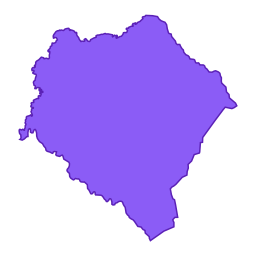 Ramón Trigo, Cerro Largo, Uruguay (orthographic projection)
{"feature_id": "84410073B37357941018969", "entity_name": "Ramón Trigo", "entity_type": "district", "adm_level": 2, "iso_a3": "URY", "parent_name": "Uruguay", "parent_adm1": "Cerro Largo", "projection": "orthographic", "projection_center": [-54.703, -32.291], "detail": "fine", "context": "isolated", "style": "filled", "palette": "violet", "viewbox_px": 256, "rotation_deg": 0, "n_neighbors": 0, "source": "geoboundaries", "source_scale": "gbopen_adm2", "svg_char_len": 5529}
<svg xmlns="http://www.w3.org/2000/svg" viewBox="0 0 256 256"><path d="M150.4,240.6L163.9,231.1L173.9,226.8L173.9,222.4L173.2,221.0L172.8,219.7L174.8,217.4L177.7,217.3L175.5,204.5L174.5,199.7L172.9,198.8L171.4,194.7L170.3,188.8L172.3,186.7L173.5,186.2L175.8,184.4L182.2,177.3L186.9,175.1L187.2,171.4L188.3,168.1L188.1,164.4L191.6,161.0L194.2,154.6L199.4,153.0L199.7,152.0L200.4,142.6L202.5,142.3L202.7,137.5L215.3,120.1L223.1,109.7L225.2,107.2L231.9,108.6L234.2,107.6L236.8,105.8L235.5,103.1L229.4,97.9L229.0,94.5L226.5,91.9L225.9,87.1L221.7,83.1L221.3,81.2L221.4,77.7L220.4,75.8L219.9,73.3L218.5,72.0L215.7,70.8L214.2,71.1L212.1,72.2L209.1,72.0L206.9,69.0L205.3,67.8L204.6,65.9L203.5,65.0L200.3,64.9L199.6,64.7L199.4,63.9L198.6,62.9L196.7,63.0L195.7,62.7L194.6,59.9L193.8,59.4L189.9,58.9L189.2,56.9L188.1,55.7L185.8,54.7L183.8,52.3L183.3,49.9L182.0,48.7L180.6,46.4L179.8,44.5L178.9,44.4L177.4,44.6L176.1,43.5L175.4,41.1L171.6,36.5L171.2,34.1L169.1,33.5L168.5,32.8L167.3,28.9L166.6,24.7L165.0,22.3L161.2,20.8L159.1,19.1L157.5,16.6L152.5,15.7L145.8,15.4L144.9,16.4L142.9,16.8L142.5,17.1L142.4,17.7L142.9,18.7L140.5,20.9L140.1,21.4L137.7,22.4L136.9,23.3L136.8,23.6L136.2,24.0L135.5,24.2L135.4,24.0L135.7,23.1L135.4,22.9L135.1,22.9L134.3,23.6L133.1,23.5L132.4,24.6L132.5,25.1L132.9,25.3L133.1,26.0L132.9,26.3L131.4,26.2L128.6,27.4L128.5,28.2L126.7,28.2L126.3,28.6L126.3,29.2L126.8,29.4L127.5,30.7L126.7,32.4L126.2,32.6L124.8,32.5L123.5,32.7L122.9,34.4L121.4,36.3L119.9,36.5L118.6,37.3L116.5,38.2L116.2,38.0L116.1,37.5L116.2,37.2L116.9,37.1L117.4,36.5L117.1,35.5L116.8,35.3L115.9,35.9L115.2,35.6L114.8,35.2L114.4,35.2L113.5,36.3L112.6,36.8L112.4,36.5L112.7,36.0L112.7,35.1L112.5,34.8L108.1,33.9L106.1,34.0L105.3,33.5L105.0,33.5L102.5,34.4L101.4,34.3L99.2,35.0L97.8,35.0L96.2,35.6L96.0,36.1L96.3,36.9L96.0,37.3L94.0,37.9L90.6,39.7L90.4,40.7L89.3,41.5L87.8,41.1L86.1,39.0L85.4,38.7L84.2,39.5L84.2,39.8L84.7,40.3L84.8,40.9L84.6,41.1L83.9,41.4L81.8,41.1L81.2,41.5L80.9,41.5L79.3,39.4L78.6,37.5L77.3,36.0L76.8,34.9L76.5,33.8L76.8,33.3L76.7,32.8L76.2,32.4L75.5,32.7L74.9,32.3L74.4,31.3L72.7,30.4L71.2,30.1L70.7,29.7L70.4,29.8L70.2,30.4L69.8,30.4L69.3,29.7L69.1,28.7L68.8,28.4L68.5,28.3L67.0,28.5L65.5,28.9L64.8,29.2L63.7,30.4L63.4,30.5L61.1,30.0L60.1,30.5L59.8,30.2L59.5,30.1L58.6,30.7L57.4,30.8L56.0,31.6L53.8,34.6L53.2,36.0L53.4,37.8L53.5,38.1L53.9,38.2L54.4,37.4L56.3,37.7L56.9,38.6L57.4,39.8L56.3,40.7L55.8,42.2L55.1,42.8L53.3,43.3L52.7,43.0L52.2,43.1L51.9,44.4L51.9,45.2L51.8,45.5L51.6,45.9L50.4,46.5L50.1,48.3L48.0,50.4L48.0,51.1L48.2,51.5L48.7,51.8L49.0,51.2L49.4,51.3L49.7,51.5L49.8,52.1L49.8,52.9L49.3,55.1L49.4,57.9L48.7,58.7L48.1,58.8L46.4,58.2L44.2,58.7L43.8,58.5L43.7,57.9L43.1,57.6L41.3,57.2L38.8,59.8L36.6,61.1L36.0,61.8L35.7,62.4L35.7,63.6L35.5,64.6L35.3,65.2L34.7,65.3L34.4,65.9L34.6,66.4L35.2,66.6L35.2,67.0L34.3,67.7L33.1,67.5L32.3,68.1L32.0,68.5L31.8,69.9L32.2,70.7L33.2,70.4L33.8,70.5L34.0,70.8L33.9,71.6L33.6,72.2L33.1,72.4L32.8,72.8L32.9,73.2L34.7,74.1L35.8,74.2L36.0,74.4L36.3,75.4L36.2,76.1L35.8,76.9L35.5,77.9L35.0,80.4L34.3,80.8L33.8,81.4L33.4,82.2L33.5,82.9L34.1,85.4L35.1,85.8L35.4,86.3L35.4,87.6L34.9,87.9L34.8,88.4L34.9,88.6L36.1,88.7L36.5,87.9L37.7,87.5L39.4,87.7L39.9,87.9L40.1,88.2L40.2,88.6L39.2,89.0L39.1,89.6L39.1,90.1L39.5,90.9L40.1,90.9L40.3,90.5L40.2,90.1L40.6,89.5L41.3,89.5L41.6,90.0L41.4,90.7L41.5,91.1L41.8,91.3L42.7,91.4L42.9,92.1L42.6,92.4L41.9,92.5L41.0,91.9L40.0,92.5L39.8,93.5L40.9,93.7L41.1,93.9L41.2,94.1L40.5,96.1L40.1,96.1L39.7,95.5L39.4,95.5L38.4,96.0L38.3,97.0L38.7,98.2L38.5,98.6L37.2,98.5L33.9,100.0L33.5,100.3L33.4,100.7L33.6,101.5L33.8,101.7L33.8,102.1L33.6,102.5L31.8,102.6L31.2,103.1L31.2,103.7L31.6,104.6L31.6,105.1L30.8,106.1L31.0,106.8L32.2,107.5L33.2,107.5L33.4,107.7L33.3,108.2L32.2,108.4L31.7,108.9L31.5,109.2L31.7,110.2L31.0,111.6L32.4,115.1L32.3,115.5L31.9,116.1L31.5,116.1L31.2,115.8L31.2,115.2L30.7,114.9L29.6,115.6L26.9,116.4L26.3,117.1L26.4,118.7L25.4,120.0L25.6,121.6L25.1,122.7L25.2,123.2L25.8,123.8L25.9,124.3L25.7,125.1L25.4,125.3L25.2,125.8L25.2,127.6L24.9,128.4L24.4,129.0L24.5,129.9L24.4,130.2L23.7,130.1L22.7,129.3L21.4,130.0L19.9,129.3L19.2,130.0L19.2,131.2L19.5,133.2L20.0,134.1L20.4,134.3L20.9,135.0L20.8,135.9L21.1,137.4L20.5,138.9L19.9,139.4L22.2,140.1L24.3,139.0L26.7,136.7L28.0,136.5L27.9,132.6L28.4,129.7L29.3,128.7L30.0,128.7L30.5,130.1L30.5,132.2L31.7,132.9L32.9,132.8L34.1,129.9L35.0,129.4L35.8,130.2L36.6,133.0L36.7,136.1L37.4,138.5L39.5,141.6L42.5,143.6L44.0,146.3L45.5,147.9L46.1,150.4L47.2,151.3L50.0,152.1L51.8,153.1L52.7,153.3L53.4,151.9L54.3,151.5L56.5,151.8L55.8,154.8L56.8,155.7L59.7,156.4L61.4,155.3L62.4,155.2L63.0,156.2L63.8,159.1L68.9,162.2L69.5,163.7L69.3,166.1L68.5,167.8L67.2,169.4L67.0,170.8L68.2,172.4L69.4,173.3L69.7,176.5L70.6,178.0L72.6,179.5L73.7,179.9L75.4,178.5L77.1,178.9L78.7,178.9L79.5,179.7L80.1,181.2L81.0,181.9L83.6,182.1L84.4,182.0L87.3,184.6L87.6,188.5L89.1,190.3L90.8,193.7L91.4,193.9L92.5,193.6L93.3,192.2L93.8,191.9L94.3,191.8L95.0,192.2L95.3,194.4L95.6,194.9L101.0,195.2L102.0,195.7L103.3,197.3L104.4,199.1L105.6,200.1L106.4,201.5L107.3,201.6L108.6,200.5L109.1,199.4L109.9,198.7L110.7,198.9L111.2,199.7L111.9,201.8L111.9,204.3L113.0,205.0L114.7,204.7L115.1,203.7L115.7,203.1L117.1,202.7L118.6,201.6L120.2,201.2L121.7,201.4L122.6,202.4L123.3,204.4L124.1,205.8L125.2,207.4L126.1,212.9L127.4,214.8L128.9,216.1L129.3,217.5L131.0,218.8L133.2,219.9L134.6,221.6L137.8,226.4L141.0,227.0L143.0,229.5L144.9,230.4L145.3,233.1L149.2,236.6L149.4,238.5L150.4,240.6Z" fill="#8b5cf6" stroke="#5b21b6" stroke-width="1.5"/></svg>